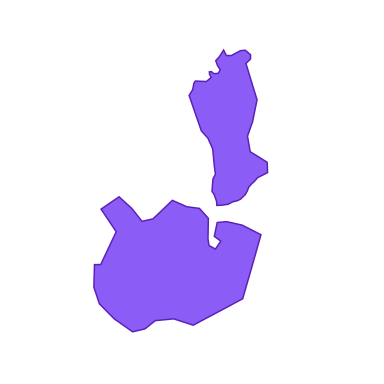 outline of Incheon, rotated 108°
{"feature_id": "KOR-2495", "entity_name": "Incheon", "entity_type": "Metropolitan City", "adm_level": 1, "iso_a3": "KOR", "parent_name": "South Korea", "parent_adm1": "", "projection": "mercator", "projection_center": [126.55, 37.458], "detail": "fine", "context": "isolated", "style": "filled", "palette": "violet", "viewbox_px": 384, "rotation_deg": 108, "n_neighbors": 0, "source": "natural_earth", "source_scale": "10m", "svg_char_len": 1169}
<svg xmlns="http://www.w3.org/2000/svg" viewBox="0 0 384 384"><g transform="rotate(108 192 192)"><path d="M291.2,262.3L289.2,256.4L253.2,251.8L236.4,273.2L219.1,259.9L226.2,244.2L235.3,230.5L229.6,220.8L217.2,214.1L206.0,208.1L207.6,192.3L205.3,179.9L212.0,168.3L231.7,162.3L237.6,159.3L239.1,152.1L229.8,149.5L227.3,157.1L213.2,158.6L209.5,150.0L208.0,134.1L211.3,113.2L242.6,112.0L277.9,110.8L318.3,149.7L318.3,170.2L325.7,187.2L336.7,194.4L343.3,205.2L336.8,226.5L327.0,245.5L318.0,252.1L312.9,255.9L291.2,262.3ZM183.5,143.4L186.2,146.1L188.9,150.4L192.5,153.8L195.4,159.7L197.1,164.2L193.4,165.7L187.6,170.1L185.2,173.2L173.2,176.1L167.9,175.2L160.6,178.7L144.5,185.7L135.9,193.5L131.1,201.9L101.1,224.6L94.4,223.0L88.1,223.8L85.4,223.1L82.5,212.5L77.1,209.1L74.5,211.8L72.3,212.6L71.5,210.8L72.7,207.8L71.0,203.6L66.8,203.0L64.0,206.7L59.8,210.0L54.6,207.7L47.2,205.8L51.6,201.5L50.1,196.8L42.6,189.6L40.7,185.1L43.4,178.7L47.5,177.5L53.1,180.4L84.3,158.6L106.6,156.1L121.7,156.5L135.7,149.1L140.5,129.7L150.2,126.1L158.1,134.1L162.0,135.6L166.0,137.9L169.9,139.5L173.7,139.7L177.9,140.5L183.5,143.4Z" fill="#8b5cf6" stroke="#5b21b6" stroke-width="1.5"/></g></svg>